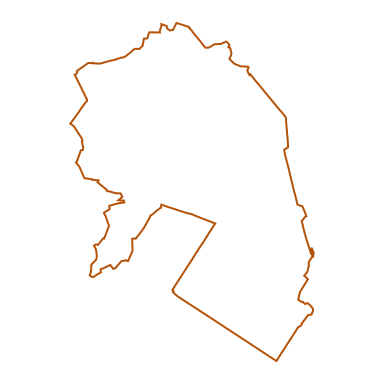 outline of Dzelzavas pag., Madona, Latvia
{"feature_id": "27541924B55159579541929", "entity_name": "Dzelzavas pag.", "entity_type": "district", "adm_level": 2, "iso_a3": "LVA", "parent_name": "Latvia", "parent_adm1": "Madona", "projection": "mercator", "projection_center": [26.465, 56.987], "detail": "fine", "context": "isolated", "style": "outline", "palette": "amber", "viewbox_px": 384, "rotation_deg": 0, "n_neighbors": 0, "source": "geoboundaries", "source_scale": "gbopen_adm2", "svg_char_len": 5395}
<svg xmlns="http://www.w3.org/2000/svg" viewBox="0 0 384 384"><path d="M313.7,252.9L312.8,250.7L311.8,248.4L311.6,248.4L311.6,254.4L311.1,254.0L310.0,250.3L307.2,241.6L306.7,240.1L306.3,238.8L305.2,235.2L303.9,230.0L301.7,221.0L304.5,217.7L304.6,217.3L306.1,216.0L306.3,216.0L304.7,211.7L302.4,206.3L297.5,204.7L296.6,200.8L295.0,194.3L294.1,191.4L291.4,180.2L291.3,179.7L289.0,170.0L288.7,168.8L288.5,168.1L288.3,167.4L288.0,166.0L287.3,163.3L286.6,160.8L286.0,158.3L285.8,157.5L285.4,156.1L285.1,155.2L284.6,152.4L284.1,149.8L288.1,147.2L287.9,142.9L287.6,138.8L287.6,138.7L287.1,133.3L286.5,126.2L286.2,122.7L285.9,117.4L285.3,116.7L283.9,114.9L281.5,111.9L280.3,110.7L276.1,105.7L274.9,104.2L265.1,92.3L264.6,91.7L264.3,91.3L262.2,88.7L257.9,83.5L255.4,80.7L253.7,78.5L250.5,74.4L249.9,74.8L249.5,75.1L249.4,74.7L249.2,74.0L248.5,73.2L247.8,71.7L247.6,71.2L247.4,70.7L247.4,70.4L248.6,67.2L247.6,66.8L247.3,66.7L239.9,66.2L238.0,65.2L234.4,63.8L233.3,62.7L232.5,61.9L232.4,61.9L232.2,61.7L231.2,60.8L230.3,59.9L229.8,59.4L229.6,59.0L229.5,58.8L229.6,58.3L229.7,57.9L230.6,56.3L231.2,55.2L231.3,53.4L231.4,52.6L230.7,50.9L230.5,50.4L230.6,50.0L230.6,49.5L230.5,49.4L230.5,49.2L230.4,48.9L230.4,48.5L230.2,48.1L230.0,47.8L229.9,47.7L229.6,47.5L228.8,47.6L228.6,47.5L228.4,47.4L228.3,47.1L228.4,46.9L228.7,46.4L228.9,46.2L229.0,46.0L229.0,45.8L229.1,45.7L229.2,45.3L229.3,45.3L229.3,45.2L229.2,44.7L229.0,44.4L228.6,43.9L227.4,42.4L226.0,41.6L224.4,42.4L223.1,42.9L221.4,43.7L221.1,43.9L214.3,44.3L211.7,46.0L209.6,47.2L208.4,47.7L205.4,47.7L205.2,47.5L204.8,47.0L201.9,43.4L200.1,41.0L196.9,37.2L193.1,32.6L192.3,31.6L191.6,30.2L189.4,28.3L189.2,27.0L184.1,25.4L179.3,23.8L176.5,23.0L175.5,24.9L172.9,30.0L170.0,30.4L168.1,29.2L167.1,28.5L166.6,26.0L163.2,24.8L161.4,24.1L161.4,25.3L161.3,26.6L160.5,28.5L160.3,28.9L160.1,30.2L159.8,31.2L159.8,31.6L159.9,32.5L156.8,32.4L154.3,32.4L149.3,32.3L149.0,32.9L148.1,35.8L147.3,38.4L143.9,38.7L142.8,44.7L142.6,45.8L140.7,47.6L139.5,48.9L137.1,48.9L136.2,48.8L135.7,48.8L134.7,48.9L133.9,49.4L133.5,49.7L130.4,52.5L129.1,53.6L127.9,54.5L127.5,54.8L125.6,56.3L123.7,57.3L121.6,57.6L119.1,58.3L116.1,59.3L116.1,59.5L114.3,59.8L112.5,60.3L109.6,60.9L100.2,63.6L99.8,63.6L94.5,63.4L94.1,63.3L93.0,62.9L93.0,63.0L92.8,63.2L92.6,63.3L90.0,63.0L88.2,63.0L83.8,66.1L76.9,71.0L77.1,71.7L77.1,72.3L77.1,72.8L76.8,73.3L76.1,74.0L75.2,74.9L74.8,74.9L76.6,78.4L77.9,81.0L79.3,83.9L85.5,96.5L85.7,96.8L87.1,99.6L87.0,100.3L86.9,101.2L86.3,101.8L86.0,102.1L85.8,102.2L84.3,104.1L81.4,108.2L80.3,109.7L78.5,112.5L77.6,113.6L72.3,121.0L70.3,123.7L73.5,125.9L73.9,126.2L74.2,126.7L79.2,134.6L80.5,136.4L81.6,138.1L81.8,138.8L82.1,139.6L82.1,139.8L82.4,140.3L82.4,140.9L82.1,141.2L81.8,141.4L81.8,141.5L82.0,141.7L83.2,147.8L82.9,149.5L82.9,150.0L80.9,150.2L77.0,161.1L76.9,161.1L76.3,162.6L76.5,163.0L76.4,163.0L79.7,167.3L81.1,170.6L81.5,171.7L84.2,177.8L84.4,178.0L85.3,178.3L85.8,178.5L86.1,178.6L86.4,178.6L86.7,178.5L86.9,178.4L87.8,178.6L88.7,178.8L90.1,179.0L92.1,179.3L92.2,179.7L92.4,179.6L94.4,179.9L97.0,180.2L98.4,180.3L98.6,180.4L97.5,182.3L103.2,186.9L106.6,189.6L107.0,191.2L109.5,191.4L115.4,193.2L120.6,193.4L121.5,195.4L122.4,196.9L118.4,200.2L121.5,200.5L123.9,200.6L123.9,201.5L124.3,202.4L116.8,203.6L109.2,205.9L109.6,209.2L104.2,212.5L103.9,213.2L105.5,215.8L109.0,225.9L104.5,237.8L104.1,238.6L103.1,238.3L102.0,239.8L99.2,243.4L98.5,244.1L97.8,244.9L96.0,244.4L93.9,245.8L94.3,246.3L94.8,247.2L95.5,248.5L95.8,249.2L96.3,251.0L96.3,251.8L96.7,254.5L96.8,255.6L96.8,256.8L96.6,257.7L96.2,259.6L95.8,260.1L91.8,264.2L91.3,265.1L91.3,266.5L91.1,270.0L91.1,270.7L90.9,271.5L90.8,272.3L90.7,272.6L90.6,273.0L90.3,273.7L90.0,274.3L89.7,275.3L92.3,277.1L93.4,277.0L93.9,276.7L97.1,274.5L100.9,272.4L100.6,270.1L100.8,269.1L102.0,268.7L103.4,268.3L104.7,267.6L110.3,265.0L112.6,268.0L113.3,268.9L115.6,267.9L121.2,261.3L125.7,260.3L128.0,261.1L132.1,252.0L132.4,251.2L132.5,250.7L132.2,238.8L132.5,238.8L135.8,238.4L135.9,238.5L139.7,233.5L143.3,228.8L144.9,226.1L150.0,217.1L150.3,215.7L152.4,214.4L153.0,213.9L153.6,213.5L154.4,212.7L155.7,211.6L156.6,210.8L160.9,207.5L161.0,207.5L161.3,204.7L163.8,205.5L166.9,206.6L175.9,209.5L178.2,210.3L183.6,212.1L186.0,212.8L188.7,213.5L190.0,213.8L190.1,213.7L193.3,214.8L194.7,215.5L207.0,220.3L208.4,220.8L215.2,223.5L210.0,231.5L209.9,231.5L207.9,234.8L207.0,235.9L207.2,236.0L202.1,243.9L199.0,248.5L193.7,256.7L193.8,256.7L172.4,289.9L173.3,290.8L173.7,291.2L172.9,292.1L176.9,295.8L187.3,302.7L198.9,310.2L199.0,310.3L204.1,313.6L276.4,361.0L279.6,356.0L282.2,351.8L282.4,351.8L286.8,344.8L295.1,332.0L297.0,329.0L297.3,328.6L297.3,328.4L298.1,327.2L298.5,326.9L299.3,326.6L299.8,326.2L300.1,326.1L300.3,325.9L300.8,325.6L301.2,325.2L301.5,324.8L301.8,324.3L301.7,323.9L301.7,323.7L301.8,323.3L303.9,320.8L303.8,320.7L304.3,320.2L307.9,315.3L308.0,315.2L311.6,314.5L311.6,313.8L311.9,313.2L312.7,311.8L313.0,310.5L313.0,309.5L312.9,308.8L312.7,308.4L312.5,308.0L311.3,306.7L310.2,305.3L309.4,304.6L308.9,304.1L307.1,303.1L304.9,303.9L304.7,303.9L302.7,301.8L301.7,302.0L298.2,299.7L298.9,296.6L299.2,295.4L299.6,293.8L300.0,292.0L301.6,289.4L307.8,279.3L307.9,279.2L307.4,278.7L307.2,278.4L304.2,275.7L304.5,275.4L307.1,272.0L307.8,270.4L308.1,269.0L308.3,267.3L308.4,267.2L308.8,266.5L308.7,262.2L312.1,256.7L313.1,256.8L313.5,253.0L313.7,252.9Z" fill="none" stroke="#b45309" stroke-width="2"/></svg>